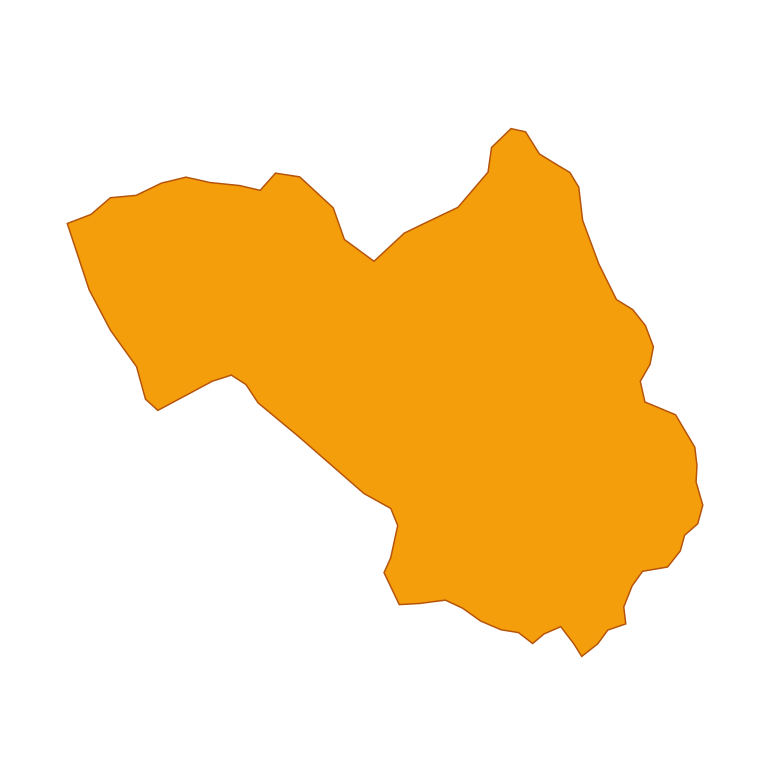 Maturéia, Paraíba, Brazil (Mercator projection), rotated 93°
{"feature_id": "56859067B73053227370482", "entity_name": "Maturéia", "entity_type": "district", "adm_level": 2, "iso_a3": "BRA", "parent_name": "Brazil", "parent_adm1": "Paraíba", "projection": "mercator", "projection_center": [-37.357, -7.292], "detail": "fine", "context": "isolated", "style": "filled", "palette": "amber", "viewbox_px": 768, "rotation_deg": 93, "n_neighbors": 0, "source": "geoboundaries", "source_scale": "gbopen_adm2", "svg_char_len": 1085}
<svg xmlns="http://www.w3.org/2000/svg" viewBox="0 0 768 768"><g transform="rotate(93 384 384)"><path d="M240.3,708.7L305.5,683.3L344.9,659.8L379.7,632.0L411.6,621.4L422.2,608.5L390.2,555.6L383.1,536.9L391.8,521.8L409.5,508.7L440.5,467.1L494.5,398.2L507.9,370.7L524.6,362.9L557.2,368.2L572.4,374.1L603.5,357.2L601.3,336.9L596.6,311.5L603.8,293.7L615.6,275.2L623.3,254.3L625.2,236.7L635.4,222.0L625.2,211.1L617.1,194.8L633.3,181.0L645.7,172.3L632.3,157.0L618.0,147.6L610.9,130.0L594.1,132.9L572.7,125.7L557.5,116.0L551.9,91.2L535.2,79.4L519.3,75.9L507.2,63.4L488.3,59.3L465.6,67.2L448.9,67.2L430.9,70.3L399.5,91.2L388.3,122.5L367.9,128.2L350.5,119.4L332.8,116.9L312.0,126.0L296.8,139.4L287.5,156.3L253.0,175.7L210.2,194.2L177.3,199.8L163.0,209.5L155.9,223.0L146.2,240.8L124.8,255.8L122.3,270.5L142.2,289.0L167.0,291.2L203.7,319.4L219.5,348.5L232.2,371.6L262.0,400.4L241.8,431.1L210.8,443.9L181.6,479.0L179.1,503.4L197.1,517.8L193.4,538.4L191.9,568.5L187.8,592.6L195.0,616.7L208.6,641.4L212.3,667.0L230.0,685.5L240.3,708.7Z" fill="#f59e0b" stroke="#b45309" stroke-width="1.5"/></g></svg>